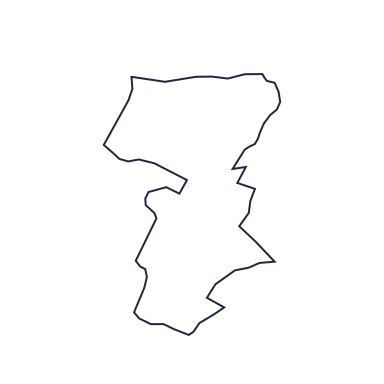 an SVG outline of Kitgum, rotated 296°
{"feature_id": "UGA-3096", "entity_name": "Kitgum", "entity_type": "District", "adm_level": 1, "iso_a3": "UGA", "parent_name": "Uganda", "parent_adm1": "", "projection": "orthographic", "projection_center": [33.268, 3.395], "detail": "fine", "context": "isolated", "style": "outline", "palette": "slate", "viewbox_px": 384, "rotation_deg": 296, "n_neighbors": 0, "source": "natural_earth", "source_scale": "10m", "svg_char_len": 964}
<svg xmlns="http://www.w3.org/2000/svg" viewBox="0 0 384 384"><g transform="rotate(296 192 192)"><path d="M246.6,94.7L258.6,93.2L268.9,87.2L269.4,88.4L279.2,119.4L297.3,145.1L304.4,159.2L309.7,174.5L321.0,187.8L328.8,203.5L326.5,207.0L324.7,210.6L326.4,218.4L320.0,225.9L311.6,231.8L303.3,232.1L295.4,228.5L285.3,226.6L275.2,227.0L268.8,227.9L262.6,227.4L258.0,223.7L253.1,220.8L230.5,218.4L238.1,229.4L220.0,228.8L222.4,247.2L209.3,248.4L198.2,252.2L181.9,249.5L175.3,270.8L165.6,296.8L157.8,283.7L149.0,276.3L140.3,264.9L119.3,253.5L103.4,251.8L102.4,271.5L92.3,265.8L77.4,256.1L67.0,254.6L62.1,251.7L60.8,235.8L60.8,224.4L55.2,213.0L55.2,200.0L58.4,192.7L85.2,191.1L95.8,188.7L102.2,183.8L102.3,178.1L105.5,171.6L152.6,171.6L156.6,167.5L159.9,156.2L165.6,152.9L172.9,152.9L185.0,166.7L185.0,181.4L200.5,182.2L201.3,145.6L198.0,130.1L191.5,121.2L189.9,112.2L192.4,104.1L195.6,92.1L202.0,92.4L246.6,94.7Z" fill="none" stroke="#1e293b" stroke-width="2"/></g></svg>